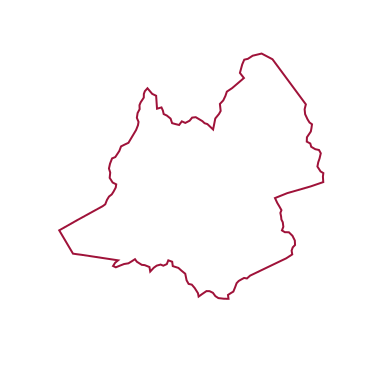 outline of Santana de Mangueira, Paraíba, Brazil, rotated 159°
{"feature_id": "56859067B83956066000266", "entity_name": "Santana de Mangueira", "entity_type": "district", "adm_level": 2, "iso_a3": "BRA", "parent_name": "Brazil", "parent_adm1": "Paraíba", "projection": "orthographic", "projection_center": [-38.328, -7.628], "detail": "fine", "context": "isolated", "style": "outline", "palette": "rose", "viewbox_px": 384, "rotation_deg": 159, "n_neighbors": 0, "source": "geoboundaries", "source_scale": "gbopen_adm2", "svg_char_len": 2117}
<svg xmlns="http://www.w3.org/2000/svg" viewBox="0 0 384 384"><g transform="rotate(159 192 192)"><path d="M69.3,287.1L77.4,296.3L86.5,297.5L92.1,296.3L95.8,296.8L99.4,293.1L104.6,286.0L102.7,279.8L117.3,274.6L123.5,273.2L126.4,269.7L130.0,266.3L134.4,264.2L136.2,257.4L138.8,255.2L143.9,252.3L149.9,242.8L153.3,249.9L155.6,251.7L156.9,254.4L161.7,260.5L165.2,261.4L168.7,259.4L173.5,258.9L176.2,261.6L180.0,259.2L182.9,261.2L185.9,263.4L185.7,268.2L188.1,272.4L190.5,274.9L190.0,278.4L190.2,281.9L194.8,282.3L191.0,294.7L194.0,297.9L196.4,304.8L199.9,303.0L201.8,300.8L203.2,297.4L207.8,294.1L209.9,291.9L211.2,288.1L214.5,285.2L216.9,281.0L216.8,276.6L218.5,273.7L222.0,269.9L229.0,264.4L233.7,260.7L237.9,260.4L241.9,260.0L245.2,256.3L251.1,252.1L254.6,252.0L258.4,247.8L261.1,243.7L261.4,239.4L263.8,234.7L262.7,229.3L260.0,226.3L261.6,223.5L265.2,220.4L267.8,218.5L271.1,217.5L274.2,215.1L277.4,211.6L280.4,210.8L309.0,206.9L329.7,203.8L325.2,177.1L322.0,175.3L317.9,173.1L285.5,154.7L289.1,153.5L292.2,151.2L290.1,149.0L285.3,149.1L281.2,149.1L276.9,148.2L272.6,149.0L269.3,149.7L268.5,146.7L265.0,142.0L262.4,140.7L258.6,137.2L259.5,132.7L254.8,135.0L251.3,135.9L247.3,135.5L245.2,133.5L241.4,133.7L238.6,136.7L235.5,134.0L236.5,129.7L231.9,126.0L230.1,122.5L227.6,118.1L228.7,111.5L228.1,107.4L225.4,105.6L223.9,101.4L222.7,95.4L223.3,92.0L219.1,93.1L214.0,94.3L211.1,93.1L208.6,90.4L207.5,86.4L205.4,83.5L200.4,80.9L196.2,79.2L195.3,83.0L192.0,83.7L189.1,84.2L185.9,87.6L183.0,90.9L180.3,92.2L177.3,92.7L174.2,93.1L171.7,91.6L167.7,93.1L133.3,95.9L128.0,96.3L120.8,97.8L120.0,101.6L117.8,104.2L114.8,105.6L113.4,109.8L113.9,115.1L116.0,119.7L119.7,121.2L121.8,123.9L119.2,126.8L118.1,131.2L118.4,134.3L117.6,137.2L117.0,140.8L115.0,143.0L115.6,147.2L116.3,151.2L116.7,156.6L103.5,156.8L79.3,154.7L65.9,154.2L64.3,159.4L62.6,162.6L64.6,165.1L65.8,170.8L63.5,174.5L60.9,177.6L57.9,182.0L58.4,185.7L61.6,187.8L64.5,191.5L64.2,194.9L66.8,197.9L65.1,201.9L59.4,205.9L57.6,208.8L55.7,212.2L57.4,214.8L58.1,218.5L58.5,224.1L57.2,228.9L54.3,233.0L69.3,287.1Z" fill="none" stroke="#9f1239" stroke-width="2"/></g></svg>